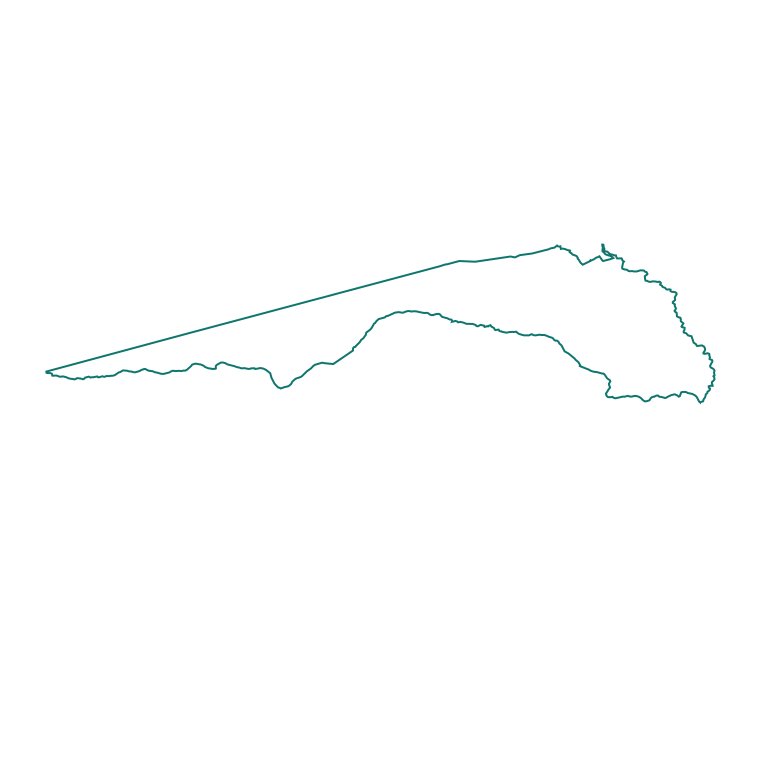 Alajuela, Alajuela, Costa Rica, rotated 255°
{"feature_id": "36466004B67061549070759", "entity_name": "Alajuela", "entity_type": "district", "adm_level": 2, "iso_a3": "CRI", "parent_name": "Costa Rica", "parent_adm1": "Alajuela", "projection": "equal_earth", "projection_center": [-84.238, 10.164], "detail": "fine", "context": "isolated", "style": "outline", "palette": "teal", "viewbox_px": 768, "rotation_deg": 255, "n_neighbors": 0, "source": "geoboundaries", "source_scale": "gbopen_adm2", "svg_char_len": 6144}
<svg xmlns="http://www.w3.org/2000/svg" viewBox="0 0 768 768"><g transform="rotate(255 384 384)"><path d="M483.6,210.8L483.4,61.1L482.3,60.9L481.7,61.6L481.0,64.2L480.1,65.7L479.3,66.0L478.0,65.7L477.7,66.2L477.0,69.7L474.9,72.8L474.3,76.2L472.6,79.1L471.3,80.5L469.8,83.5L469.3,85.1L468.6,86.0L468.6,87.4L469.1,89.1L467.8,92.4L466.5,94.5L466.7,95.9L467.5,96.8L467.5,100.8L466.2,102.2L466.1,103.9L465.8,104.6L465.5,109.0L464.6,109.4L464.4,109.8L464.2,111.2L464.4,113.4L464.2,114.2L463.3,115.6L463.5,118.1L462.6,121.2L462.6,122.6L462.2,124.1L462.2,126.2L463.8,130.7L463.8,132.4L464.7,135.3L463.3,139.3L462.2,141.0L461.5,143.1L460.5,144.6L459.7,146.6L459.8,151.3L460.4,153.4L460.4,155.0L460.6,155.4L460.4,157.1L457.7,160.2L456.3,163.7L454.5,166.0L453.9,167.5L451.5,171.4L450.8,173.9L450.7,179.8L451.4,181.8L451.4,183.7L450.4,186.0L449.7,189.8L448.9,191.5L448.9,193.7L448.4,195.3L448.4,196.1L448.7,196.7L448.7,197.3L451.2,202.2L452.3,203.6L452.5,205.3L452.4,207.4L450.1,212.3L448.4,214.4L446.7,215.6L444.7,218.3L442.9,222.4L442.4,224.7L442.5,225.6L444.7,226.1L445.7,227.3L446.9,232.0L446.4,234.1L445.3,236.0L443.4,237.9L440.0,244.0L438.0,246.9L437.7,247.9L436.0,250.3L435.5,253.1L433.5,257.3L433.4,260.1L432.9,262.4L432.6,263.1L431.8,263.4L431.4,268.8L430.0,271.6L428.1,273.7L423.9,276.9L419.3,276.9L412.7,278.3L408.1,280.8L407.4,282.1L406.4,283.1L406.8,287.6L406.6,289.5L406.7,291.5L408.0,294.2L410.1,296.2L411.9,299.8L412.1,301.3L412.2,304.0L412.6,306.4L416.2,312.8L418.0,317.6L419.7,320.3L420.4,322.2L420.6,329.7L419.5,332.0L416.4,340.1L424.3,362.6L426.6,363.4L426.9,363.8L427.4,364.6L427.3,366.0L428.1,366.9L430.6,371.3L432.6,373.5L433.4,375.7L436.3,379.2L438.3,380.2L439.9,384.3L441.0,386.2L445.0,390.2L445.2,391.2L446.8,393.1L448.1,395.6L448.1,401.9L449.0,403.8L448.8,405.5L450.1,413.2L449.6,416.8L448.1,420.2L448.0,422.1L448.3,423.1L448.3,425.6L447.8,427.7L447.0,428.8L446.5,431.9L445.5,434.7L444.6,436.2L442.3,440.9L441.5,444.2L440.9,445.0L439.0,446.5L438.2,447.9L438.0,449.3L437.8,449.4L438.0,450.2L438.0,453.2L437.5,455.2L436.8,456.0L434.5,457.1L433.6,457.8L431.0,462.3L429.4,464.0L429.1,465.0L428.5,466.0L427.0,466.2L426.5,465.8L426.4,469.4L425.4,470.9L424.3,471.6L424.3,473.6L422.7,476.7L420.9,479.0L419.0,485.3L417.2,487.9L416.0,488.4L415.7,488.9L415.5,489.7L416.1,492.6L414.4,495.8L413.2,495.8L413.0,496.0L413.2,498.5L412.7,499.2L412.7,499.7L413.1,500.0L413.2,502.1L411.6,502.6L409.9,504.5L407.3,505.4L406.9,508.8L405.3,509.2L404.7,510.1L404.5,511.0L403.8,511.6L401.9,515.6L401.6,519.1L401.0,521.9L400.7,522.5L400.3,525.2L398.1,526.7L397.1,527.9L394.9,531.5L393.5,536.4L393.9,539.5L392.4,541.3L391.8,542.7L391.3,547.3L390.7,548.4L389.8,551.6L388.4,553.8L386.9,555.5L385.3,558.2L384.3,559.1L382.4,559.9L381.5,560.8L381.2,562.2L379.8,563.4L377.7,563.9L375.2,565.5L368.8,566.9L365.7,570.1L359.3,574.7L358.0,575.2L354.6,577.5L351.3,578.3L350.6,577.8L345.0,585.4L343.2,587.2L341.7,589.5L340.2,593.1L337.9,596.9L337.3,598.5L336.6,599.3L331.6,601.1L329.2,603.1L328.0,603.3L326.1,601.4L325.1,601.2L322.0,601.4L320.5,599.3L319.1,598.0L317.3,595.9L315.1,595.9L313.4,596.9L312.5,599.7L312.5,601.3L311.1,602.4L310.3,603.9L310.0,611.5L309.5,612.9L309.4,616.7L308.3,618.1L307.7,620.0L307.7,622.2L307.3,624.3L305.7,626.9L304.0,628.5L301.6,629.8L299.9,631.2L299.4,632.7L299.5,635.9L300.0,636.7L301.3,638.0L301.9,639.5L302.0,641.1L301.7,641.7L302.2,643.1L302.2,645.0L301.7,646.0L301.2,646.0L300.4,646.8L299.6,648.8L297.8,651.7L297.7,653.2L298.0,653.7L298.9,658.5L298.8,662.2L297.0,664.4L295.5,665.4L295.6,666.5L299.0,668.9L299.0,670.7L298.1,673.6L296.6,675.2L294.7,679.1L292.2,681.8L290.2,682.8L285.7,683.8L284.4,684.6L284.6,684.7L284.7,687.8L286.3,688.6L288.1,690.8L290.7,692.2L291.7,694.0L292.8,694.5L293.4,696.2L293.9,697.0L294.9,697.7L295.4,697.7L296.4,696.8L297.8,697.1L297.8,699.3L297.2,700.6L297.2,701.0L300.0,700.9L301.1,701.4L301.7,702.8L302.9,704.4L305.0,704.7L306.2,704.2L306.5,704.5L306.6,705.3L307.0,705.6L309.6,705.7L311.3,706.7L312.4,706.5L313.7,705.7L315.5,703.8L316.8,703.6L317.6,704.0L320.8,707.1L321.9,707.1L322.5,706.9L323.0,705.9L324.0,704.9L325.5,705.8L327.3,705.6L328.4,706.0L329.0,705.9L329.9,704.6L330.1,701.8L330.7,700.5L331.7,700.7L332.6,702.0L334.4,703.2L335.9,703.2L337.3,702.8L339.0,701.1L339.6,696.7L339.9,696.0L341.6,695.7L343.8,693.8L350.5,693.4L352.2,690.3L354.7,689.1L356.2,686.9L357.2,687.0L358.6,688.3L360.5,688.9L362.1,686.3L362.5,686.2L365.1,688.9L367.7,687.0L368.8,687.1L369.7,687.5L371.3,687.4L372.3,685.7L373.5,684.5L377.1,685.1L378.7,683.7L379.5,683.6L380.5,684.9L381.7,685.6L383.6,685.1L384.5,685.1L385.6,685.6L387.4,684.0L387.8,683.9L388.5,684.3L389.7,686.8L390.3,687.1L392.4,687.3L395.1,690.0L396.4,689.9L397.5,688.7L398.6,685.9L399.5,684.8L401.0,685.2L401.7,683.8L401.8,682.3L402.4,681.2L404.1,680.4L405.7,678.2L407.1,677.9L408.3,676.5L408.8,676.5L410.0,677.6L411.3,676.9L411.7,676.1L411.7,674.7L412.6,673.1L413.6,670.1L413.7,667.6L414.5,665.9L415.6,664.8L416.1,663.4L417.8,663.3L420.7,663.9L421.7,666.6L422.2,667.0L424.2,666.5L424.6,665.5L426.4,664.3L427.4,661.2L427.3,657.1L428.0,654.6L428.9,652.8L429.2,650.8L430.0,649.3L431.4,648.3L432.6,645.7L433.7,644.1L434.8,644.1L438.7,646.0L439.5,646.6L440.2,647.5L441.5,646.3L443.5,646.2L443.9,645.9L444.9,641.7L446.3,641.3L448.2,641.3L448.7,639.6L449.9,638.1L450.6,636.6L451.4,635.6L453.9,634.1L454.9,632.1L455.7,631.5L456.6,631.4L457.9,631.9L459.0,631.5L461.5,632.0L462.1,631.5L462.2,630.9L460.4,630.6L459.3,630.9L456.9,629.7L455.6,629.4L453.9,630.6L452.3,631.2L450.8,633.0L449.2,635.7L447.5,637.4L446.3,638.1L446.0,634.6L446.1,627.5L446.4,627.1L451.6,625.1L451.2,623.4L451.1,621.5L450.2,619.3L449.6,615.7L450.1,615.5L449.9,615.1L449.4,615.1L447.8,606.8L450.4,605.2L453.9,604.2L455.0,603.5L455.8,603.8L457.6,603.2L458.6,602.1L459.3,600.9L459.6,600.7L460.3,599.5L461.8,598.9L463.1,597.5L463.8,597.5L464.3,598.0L464.8,597.5L465.0,597.7L466.1,595.5L466.8,594.8L468.2,592.4L468.6,591.5L468.7,589.8L471.3,590.0L471.3,589.0L472.3,587.1L472.9,586.9L471.6,583.9L471.9,579.7L471.5,578.0L471.7,561.0L473.3,548.5L472.4,543.3L474.4,539.2L478.5,503.8L483.3,488.5L483.3,475.9L483.6,474.1L483.3,468.4L483.6,210.8Z" fill="none" stroke="#0f766e" stroke-width="2"/></g></svg>